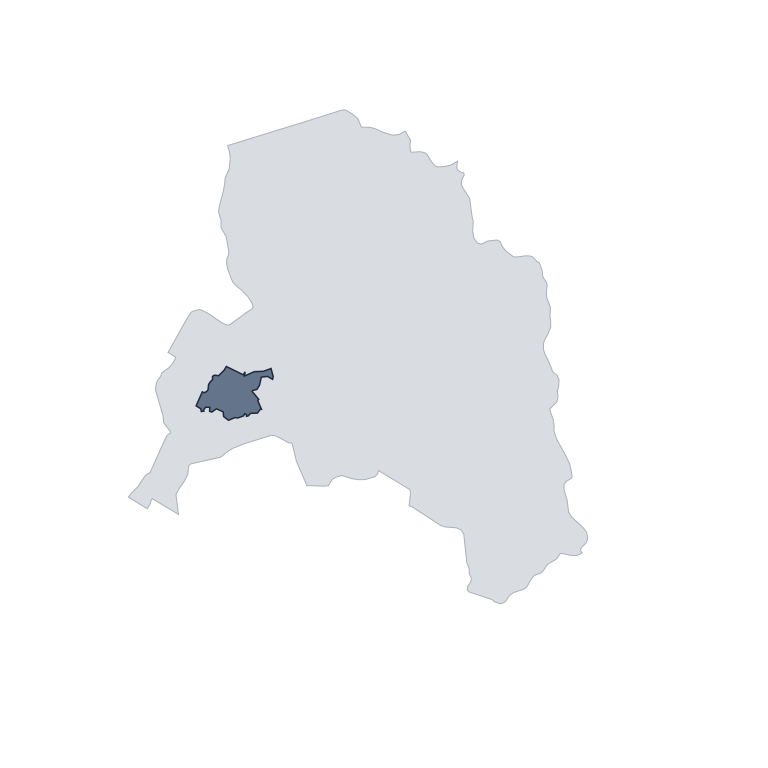 Baliet, Upper Nile, South Sudan shown in context, rotated 211°
{"feature_id": "79223893B13684678916358", "entity_name": "Baliet", "entity_type": "district", "adm_level": 2, "iso_a3": "SSD", "parent_name": "South Sudan", "parent_adm1": "Upper Nile", "projection": "robinson", "projection_center": [32.373, 9.407], "detail": "fine", "context": "in_parent", "style": "filled", "palette": "slate", "viewbox_px": 768, "rotation_deg": 211, "n_neighbors": 0, "source": "geoboundaries", "source_scale": "gbopen_adm2", "svg_char_len": 4493}
<svg xmlns="http://www.w3.org/2000/svg" viewBox="0 0 768 768"><g transform="rotate(211 384 384)"><path d="M581.0,574.7L562.1,596.1L560.8,597.4L558.5,599.0L550.8,599.1L543.0,598.0L535.7,592.5L528.3,596.8L523.7,598.1L520.9,598.6L514.3,599.3L505.1,601.6L500.9,604.5L498.7,606.8L496.8,611.0L495.9,611.4L494.2,610.9L491.8,609.2L486.9,606.8L484.4,601.5L482.1,598.2L480.2,596.6L472.4,601.9L468.6,603.1L465.5,603.0L459.8,600.0L453.6,597.4L450.4,597.4L445.5,600.6L440.0,605.4L437.2,610.1L435.8,612.9L433.9,608.6L432.1,605.9L429.4,604.9L424.2,605.9L422.9,604.4L422.7,600.7L421.9,597.4L420.6,594.8L416.5,592.3L406.1,587.2L398.0,576.9L394.0,572.1L391.1,569.1L386.9,561.0L382.1,555.4L376.4,552.9L372.5,554.1L368.6,560.1L361.2,565.7L357.8,565.9L353.5,562.8L348.0,560.7L338.2,559.7L334.1,562.4L328.8,566.7L324.3,569.2L321.5,569.5L318.9,568.5L316.0,567.9L313.4,567.8L308.2,563.9L305.5,561.1L303.7,558.3L300.7,556.4L297.2,554.9L294.8,552.4L293.5,549.3L291.6,545.4L289.0,541.9L281.0,535.5L278.7,531.7L277.0,528.1L273.7,524.0L270.3,518.6L269.2,510.7L269.0,504.3L268.3,501.3L266.8,498.4L265.1,495.9L262.3,493.1L255.8,489.0L249.1,484.2L245.9,481.4L239.7,480.4L236.1,477.7L233.0,471.8L231.8,467.0L228.7,463.3L227.4,460.6L226.6,457.5L229.1,448.0L225.6,444.7L220.3,440.4L216.5,435.6L214.2,431.3L207.4,425.5L192.5,416.9L183.9,411.4L179.3,406.5L175.2,401.7L174.8,399.7L177.4,394.9L177.9,390.9L175.7,386.6L166.8,378.3L159.8,369.3L154.4,366.5L141.5,363.9L137.7,362.9L133.9,361.2L130.1,357.1L128.8,352.3L130.7,344.6L129.5,342.2L127.3,341.6L127.9,340.0L130.4,336.2L134.4,333.8L145.1,330.0L145.7,328.5L145.9,323.7L146.8,321.4L150.5,314.7L151.1,312.0L151.3,306.3L151.8,303.7L152.8,301.8L155.8,298.4L156.8,296.4L157.3,292.1L157.0,283.5L158.5,280.1L165.3,272.2L167.1,268.7L167.7,265.6L167.7,262.4L168.1,259.3L170.1,256.2L171.9,255.3L176.8,254.3L180.2,254.9L203.9,249.6L206.6,250.3L207.9,253.5L207.7,258.6L208.1,261.0L209.4,262.8L213.1,265.2L215.7,269.2L217.1,270.7L220.9,273.4L238.4,296.5L243.3,298.7L248.1,297.9L257.7,293.1L262.5,291.9L296.0,293.2L299.7,292.5L299.9,292.6L305.0,304.2L307.4,306.8L344.1,307.0L343.4,303.7L343.9,300.0L350.4,292.9L351.3,292.1L356.9,288.7L362.5,286.4L373.1,283.8L377.0,279.6L379.2,275.8L379.3,268.2L380.7,267.0L383.2,265.3L395.5,258.5L397.6,257.1L419.3,272.7L431.5,285.1L432.2,285.7L432.9,286.0L433.5,285.5L434.1,285.0L435.6,284.4L440.8,284.3L450.6,283.7L453.9,282.2L473.7,260.1L478.8,253.0L480.1,251.6L482.9,246.5L486.0,237.9L486.6,236.9L508.3,216.2L509.0,214.5L509.2,213.2L506.0,206.3L505.3,202.7L505.1,197.3L505.8,188.8L505.5,183.4L505.2,182.0L505.1,181.7L493.0,166.4L523.6,166.3L523.6,164.4L523.5,163.7L522.9,161.9L522.6,159.5L522.6,158.1L522.8,156.9L522.8,156.2L522.7,155.6L522.7,155.3L522.9,155.1L544.8,155.4L544.5,159.7L541.9,169.9L541.9,175.9L541.3,182.9L540.6,184.9L539.4,186.6L539.1,187.4L539.0,188.2L543.6,227.1L543.3,228.7L542.1,231.1L541.8,231.9L541.7,232.5L542.2,233.0L552.3,237.2L552.8,237.4L553.2,237.8L556.9,242.8L576.8,261.2L577.5,262.1L579.6,267.9L579.8,268.8L579.9,270.2L579.9,271.3L579.4,274.7L579.5,276.3L579.9,277.3L580.1,278.5L580.1,278.9L580.0,279.8L577.0,286.4L576.0,291.2L575.8,295.2L575.9,297.5L576.3,299.0L576.5,299.6L576.8,299.8L585.5,299.9L585.4,302.0L586.6,337.1L586.6,341.0L586.3,346.0L585.3,347.9L582.8,350.7L579.8,353.2L572.0,353.9L565.5,353.8L560.9,353.3L554.7,353.0L548.7,353.6L546.6,355.7L538.8,374.4L536.4,379.0L535.7,381.8L536.4,383.4L539.5,385.7L546.2,389.0L553.9,391.0L559.6,391.8L563.5,392.7L566.5,393.7L577.4,402.2L580.9,406.1L582.9,409.6L583.4,413.4L584.9,417.1L594.9,428.8L604.4,434.3L608.0,440.5L611.5,443.5L614.8,446.7L616.6,451.6L620.7,465.6L623.5,473.0L626.3,479.0L627.5,488.8L629.7,493.2L632.1,498.5L635.9,503.3L640.0,507.0L640.7,508.0L599.7,553.7L581.0,574.7Z" fill="#d9dde1" stroke="#a8b0b8" stroke-width="1"/><path d="M509.3,322.9L509.4,319.4L525.8,318.0L528.2,317.8L528.1,313.6L530.0,306.0L533.9,304.2L534.9,302.2L533.2,299.4L534.1,296.2L534.1,293.2L531.8,288.3L532.3,285.8L533.9,283.8L535.7,283.7L533.8,268.5L528.3,268.4L526.4,266.3L524.4,268.0L525.3,268.6L524.9,272.2L521.3,274.3L519.4,270.7L517.1,271.3L514.9,276.4L507.6,277.3L504.7,273.5L498.6,272.8L494.4,278.5L491.9,279.5L487.9,284.4L488.2,286.7L486.0,286.8L485.2,285.5L484.0,286.7L483.5,288.8L483.4,290.0L477.5,293.9L477.0,298.7L476.0,299.2L483.7,304.8L483.4,306.3L493.1,309.7L493.2,310.8L490.1,314.0L490.1,318.9L492.7,326.7L487.7,330.5L481.9,330.6L482.8,333.3L488.8,339.1L493.9,332.8L501.5,327.8L507.7,319.0L509.3,322.9Z" fill="#64748b" stroke="#1e293b" stroke-width="1.5"/></g></svg>